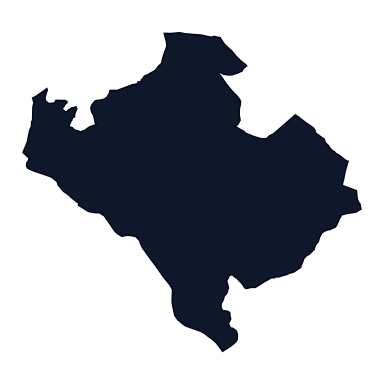 Girga, Suhaj, Egypt
{"feature_id": "37247803B67165443918142", "entity_name": "Girga", "entity_type": "district", "adm_level": 2, "iso_a3": "EGY", "parent_name": "Egypt", "parent_adm1": "Suhaj", "projection": "mercator", "projection_center": [31.856, 26.307], "detail": "fine", "context": "isolated", "style": "filled", "palette": "ink", "viewbox_px": 384, "rotation_deg": 0, "n_neighbors": 0, "source": "geoboundaries", "source_scale": "gbopen_adm2", "svg_char_len": 4202}
<svg xmlns="http://www.w3.org/2000/svg" viewBox="0 0 384 384"><path d="M348.1,161.3L346.8,161.0L343.8,158.9L340.3,156.1L338.0,154.5L336.2,153.7L334.3,151.6L332.7,151.0L331.4,149.6L329.3,147.2L328.6,145.8L328.5,145.7L328.4,145.6L325.1,142.5L324.3,139.1L320.4,136.5L317.7,134.4L315.8,133.2L315.2,131.9L315.1,130.7L313.5,128.1L310.6,125.9L305.3,122.3L298.3,116.9L295.3,114.9L273.6,133.9L269.6,135.8L266.5,138.8L264.6,138.7L260.6,138.6L253.6,136.5L248.7,134.4L245.7,133.3L243.8,131.3L239.8,129.2L234.9,126.1L237.0,125.1L238.0,124.1L239.0,122.1L240.1,120.1L239.2,115.1L239.3,111.1L239.3,109.1L240.4,104.1L240.5,101.0L238.6,98.1L236.9,96.0L236.2,95.1L233.4,92.5L229.3,87.8L226.2,83.7L223.9,80.6L223.0,79.1L220.2,75.1L217.3,73.9L218.5,73.4L220.0,72.5L224.2,74.4L227.0,74.7L229.0,75.0L231.1,74.8L232.1,74.8L236.2,73.4L238.1,72.8L242.2,70.9L242.2,69.9L244.7,67.4L246.3,66.0L246.5,66.0L246.7,65.9L245.6,64.6L241.2,61.3L236.0,56.2L232.0,51.2L226.5,46.3L224.5,44.3L220.2,38.0L220.1,37.8L220.0,37.6L217.7,37.3L214.3,36.4L211.3,37.3L206.3,36.2L201.4,35.1L185.4,33.8L179.4,32.7L171.4,33.5L165.5,33.4L164.2,33.4L165.2,37.2L166.1,40.2L167.0,45.3L165.9,49.3L164.9,51.3L162.7,58.3L161.6,63.3L158.5,66.2L155.5,70.2L152.4,72.1L150.4,73.1L147.4,75.0L144.4,76.0L143.3,78.0L142.3,79.0L141.3,79.9L141.2,81.6L140.2,81.9L138.2,81.9L137.2,83.9L132.2,84.8L127.2,86.7L122.1,88.6L117.1,90.5L114.1,90.4L111.1,90.4L110.1,90.4L109.0,94.4L108.0,95.4L107.0,97.3L103.9,99.3L99.9,100.2L97.9,100.2L94.9,101.1L91.8,105.1L90.8,108.1L91.7,112.1L93.6,115.2L94.5,119.2L95.4,123.2L96.5,125.0L94.4,125.2L91.4,126.2L89.3,127.1L86.3,129.1L85.3,130.1L80.3,132.0L78.3,130.9L77.3,130.9L74.3,129.8L72.4,127.8L70.7,127.2L69.4,127.3L69.4,125.7L69.5,123.7L70.5,122.7L70.5,121.7L71.5,120.7L72.6,117.8L74.6,116.8L74.7,113.8L76.8,108.8L75.8,106.8L73.8,107.7L71.8,107.7L70.8,108.7L68.8,109.6L67.8,110.6L66.8,111.6L64.8,111.6L62.8,109.5L61.8,108.5L63.9,106.5L64.9,104.5L65.9,103.6L67.0,102.6L67.0,101.6L65.0,100.5L63.0,100.5L57.0,100.4L56.0,100.3L55.0,102.3L53.0,103.3L51.0,103.3L50.0,104.2L49.0,103.2L48.0,103.2L47.0,102.2L45.1,100.1L45.1,97.1L46.2,93.1L47.3,90.1L46.8,88.6L44.4,90.4L36.2,96.2L32.6,98.0L34.0,102.9L32.9,106.9L32.7,116.0L32.6,120.0L31.6,122.0L31.6,123.0L31.5,126.0L29.6,130.8L27.1,142.7L23.0,152.5L29.4,158.4L28.8,159.1L28.8,160.1L26.7,163.1L26.6,166.1L27.6,168.1L29.5,169.1L34.5,171.2L44.4,174.5L50.3,176.6L52.3,177.6L57.2,181.7L58.1,184.8L63.0,190.9L69.2,195.3L70.8,197.1L78.7,203.3L78.6,205.3L88.5,211.5L94.4,212.6L99.4,212.7L104.3,215.8L106.3,218.9L110.1,224.0L114.0,230.1L116.9,233.1L121.8,236.3L125.9,235.5L126.8,235.4L129.8,235.4L135.8,236.5L138.7,239.6L139.7,240.6L140.6,243.7L142.5,247.7L148.3,255.9L155.1,265.0L163.8,277.3L169.6,284.4L170.3,285.6L172.5,289.5L172.4,292.5L172.3,295.5L172.2,302.5L173.1,307.6L174.9,315.6L177.8,319.7L182.7,323.8L185.6,325.9L194.5,329.1L200.5,331.2L204.4,333.3L208.3,336.4L211.3,338.5L216.1,342.6L220.0,347.7L222.6,351.3L226.0,349.1L229.1,347.2L233.1,344.3L236.2,341.3L237.2,339.3L237.4,334.3L237.1,333.4L236.4,331.3L235.5,330.2L232.5,328.2L230.5,328.1L228.6,324.1L228.6,323.1L230.7,319.1L229.8,315.1L229.9,313.1L228.9,312.0L226.9,311.0L224.9,310.9L222.9,310.9L221.0,307.9L221.1,305.8L221.1,303.8L223.2,299.9L224.3,295.9L226.3,293.9L227.4,291.9L227.4,290.9L228.5,287.9L227.5,283.9L226.6,280.8L227.7,278.9L229.1,275.7L230.7,274.9L232.7,274.9L234.7,277.0L236.7,278.0L238.6,280.1L240.6,282.1L242.5,284.2L244.4,287.2L245.4,288.3L246.4,288.3L247.4,288.3L250.7,287.5L251.4,287.4L255.4,287.4L258.4,285.5L264.5,281.6L266.5,280.6L269.6,278.7L271.6,277.7L274.6,277.8L275.6,276.8L278.6,276.9L284.6,275.0L285.6,275.0L288.7,273.5L289.6,273.1L293.6,272.1L300.7,267.3L300.8,266.3L302.9,261.3L303.9,258.3L307.0,255.3L309.0,254.4L314.1,249.5L315.2,245.5L318.3,241.5L319.1,238.5L319.4,237.5L321.5,233.5L322.5,232.5L325.5,230.6L328.6,229.6L329.6,229.7L331.6,228.7L333.3,227.9L335.6,226.8L336.7,224.8L337.5,223.2L339.8,217.8L340.8,216.8L339.9,215.8L341.9,214.9L344.9,213.9L349.9,213.0L355.9,212.1L358.9,210.2L361.0,209.2L360.1,205.2L360.1,204.2L359.1,203.1L357.2,199.1L356.9,195.9L356.4,190.7L343.2,185.8L342.2,185.0L342.7,182.7L343.6,179.3L345.2,171.1L348.1,161.3Z" fill="#0f172a" stroke="#020617" stroke-width="1.5"/></svg>